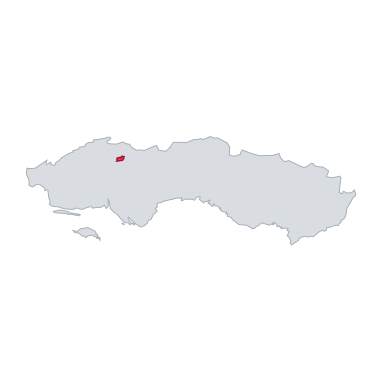 location of Grums, Värmland, Sweden, rotated 83°
{"feature_id": "70781695B11595834980673", "entity_name": "Grums", "entity_type": "district", "adm_level": 2, "iso_a3": "SWE", "parent_name": "Sweden", "parent_adm1": "Värmland", "projection": "orthographic", "projection_center": [13.042, 59.403], "detail": "fine", "context": "in_parent", "style": "filled", "palette": "rose", "viewbox_px": 384, "rotation_deg": 83, "n_neighbors": 0, "source": "geoboundaries", "source_scale": "gbopen_adm2", "svg_char_len": 4361}
<svg xmlns="http://www.w3.org/2000/svg" viewBox="0 0 384 384"><g transform="rotate(83 192 192)"><path d="M130.2,267.3L131.2,270.3L133.2,270.0L134.1,267.8L135.3,261.5L134.0,254.3L135.9,251.9L137.1,248.0L139.9,246.9L143.7,242.3L144.1,237.7L145.0,234.3L141.9,223.9L141.7,221.3L146.4,219.9L148.4,213.1L145.2,208.6L140.4,204.4L142.2,191.1L140.2,183.9L140.5,180.8L140.2,176.2L141.4,174.3L139.2,167.4L141.5,162.8L141.2,160.3L147.7,150.9L151.9,149.1L159.7,150.5L161.5,146.7L161.5,144.7L160.7,139.9L156.4,137.2L160.9,128.6L164.4,120.3L164.9,112.2L165.6,108.7L164.5,100.9L169.2,99.9L173.3,96.5L172.6,92.2L181.1,78.7L181.2,76.3L180.4,74.1L178.1,70.2L178.6,68.3L180.9,67.1L181.9,65.2L183.3,58.9L187.8,53.8L193.2,56.7L195.0,51.0L194.3,43.5L196.1,42.5L210.2,46.0L212.2,43.0L209.7,41.7L211.7,38.5L212.1,36.5L212.1,34.3L211.9,33.1L209.7,30.6L213.9,29.7L216.3,30.8L216.7,32.4L227.1,40.2L234.9,42.6L237.4,44.8L238.6,47.5L239.8,47.5L241.6,49.8L243.3,51.1L242.4,53.1L243.1,57.2L243.8,59.0L243.6,62.7L246.3,63.1L247.0,65.2L246.1,67.6L246.6,70.0L251.0,76.8L250.6,79.4L250.9,82.4L249.7,84.8L249.9,87.2L250.6,90.1L251.4,91.4L253.0,92.2L256.7,99.7L254.3,100.7L252.2,99.9L247.9,101.6L247.0,102.9L243.1,100.3L241.4,102.4L239.9,101.0L239.2,103.7L239.4,107.3L237.7,107.2L238.5,108.5L236.4,109.2L236.3,109.8L236.9,110.6L236.4,111.8L233.4,112.6L233.1,113.8L234.2,115.0L234.3,115.9L232.2,114.9L233.8,117.3L234.4,119.1L231.0,127.0L232.7,128.8L234.4,132.8L235.9,134.6L235.6,136.6L231.7,141.8L230.0,149.4L224.8,154.8L221.9,156.3L220.3,160.0L217.9,159.1L218.0,161.1L216.4,160.0L215.5,163.2L213.6,165.9L211.3,165.7L211.1,166.1L211.8,166.8L209.2,167.7L208.6,170.5L206.7,171.4L206.5,172.2L208.5,172.2L208.3,174.4L206.1,175.7L205.3,177.2L204.3,177.2L204.4,176.2L202.9,176.3L202.3,175.1L202.1,175.5L203.4,178.9L202.7,180.4L204.3,181.7L200.3,185.5L197.6,184.4L197.4,185.4L198.1,188.4L200.5,190.6L199.3,192.3L198.3,199.4L199.6,203.6L196.5,202.9L196.8,204.5L196.0,206.4L196.5,209.2L196.4,211.0L197.2,212.6L196.8,213.4L197.7,221.0L198.8,224.2L198.7,226.9L200.0,228.2L202.7,228.3L203.6,230.4L206.9,228.9L209.6,233.0L214.5,236.3L214.5,238.6L217.5,240.1L219.5,243.2L220.4,245.8L220.4,247.5L216.1,252.4L212.8,255.7L209.2,257.8L209.4,258.5L211.3,258.6L215.6,256.1L217.0,257.9L214.7,259.0L214.4,261.6L213.5,263.3L203.9,270.0L202.7,271.9L198.4,275.1L190.3,275.3L189.1,276.0L196.1,276.9L197.9,279.0L194.7,280.5L196.4,285.6L195.6,286.9L195.9,292.6L194.6,292.8L194.2,295.2L195.2,300.9L195.8,302.4L195.7,304.1L193.9,308.1L194.8,312.7L192.9,321.2L190.6,326.2L188.9,332.9L186.7,335.2L184.1,333.9L180.2,334.9L173.0,334.8L172.2,335.5L172.7,337.9L170.2,337.6L165.7,342.7L165.6,345.2L167.5,349.9L165.4,353.0L160.4,352.3L154.0,354.3L148.2,352.8L148.9,351.1L149.3,344.9L142.8,332.1L145.8,333.4L147.1,332.7L145.2,328.6L147.8,328.3L148.6,326.8L148.2,324.4L146.0,323.4L144.2,319.6L142.3,317.6L138.9,310.0L137.7,304.8L136.6,305.3L135.6,299.3L133.8,298.4L133.5,292.4L131.6,291.7L130.4,288.9L130.4,283.7L128.1,283.0L128.5,280.5L127.9,271.2L127.3,268.4L127.9,266.3L129.1,266.1L130.2,267.3ZM225.7,292.4L224.7,293.0L224.2,294.7L222.7,295.7L222.8,301.0L224.5,302.8L223.0,303.8L222.1,306.7L219.5,308.8L218.5,310.6L218.1,313.3L215.7,314.8L217.2,310.9L214.6,306.6L215.0,305.0L214.5,299.9L219.0,293.1L221.2,292.1L222.3,292.7L222.6,291.1L223.3,290.7L225.7,292.4ZM195.7,330.9L194.5,332.1L194.1,330.5L193.9,324.5L196.3,317.1L197.6,316.4L200.4,306.5L200.8,305.8L202.0,306.3L201.2,307.3L201.3,309.0L199.4,314.4L199.1,317.8L198.3,318.7L195.7,330.9ZM226.5,290.3L226.4,291.7L225.1,290.7L226.1,288.9L228.6,289.1L226.5,290.3ZM217.6,253.0L216.3,255.4L215.9,254.5L216.1,253.3L217.6,253.0ZM215.2,265.1L214.4,265.3L214.9,263.7L215.9,263.3L215.2,265.1Z" fill="#d9dde1" stroke="#a8b0b8" stroke-width="1"/><path d="M148.5,257.8L148.9,257.9L149.0,258.1L149.1,258.3L149.3,258.6L149.2,258.9L148.9,259.2L148.8,259.7L149.1,260.1L149.1,261.0L149.2,262.0L149.4,262.4L149.8,262.4L150.1,262.5L150.3,262.4L150.6,262.4L150.9,262.4L151.0,262.2L151.4,262.2L151.4,262.3L152.1,262.9L152.1,262.7L152.2,261.0L152.1,260.5L152.1,259.8L152.0,259.4L151.9,258.8L152.0,258.4L152.2,257.8L152.0,257.1L151.7,256.8L151.4,256.5L151.0,256.2L150.9,256.1L150.6,255.7L149.8,255.6L149.2,255.6L149.2,254.9L149.2,255.0L148.7,255.0L148.6,255.4L148.5,256.0L148.2,256.5L148.0,256.9L148.0,257.2L148.3,257.5L148.5,257.7L148.5,257.8Z" fill="#f43f5e" stroke="#9f1239" stroke-width="1.5"/></g></svg>